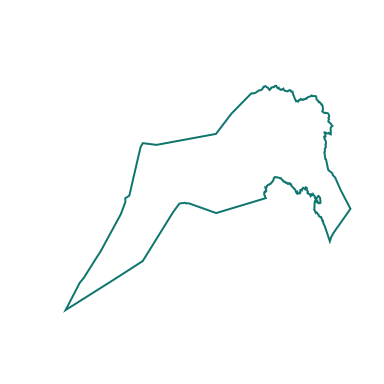 Hamar nor, Hedmark, Norway, rotated 255°
{"feature_id": "86288312B93894082847731", "entity_name": "Hamar nor", "entity_type": "district", "adm_level": 2, "iso_a3": "NOR", "parent_name": "Norway", "parent_adm1": "Hedmark", "projection": "equal_earth", "projection_center": [11.19, 61.003], "detail": "fine", "context": "isolated", "style": "outline", "palette": "teal", "viewbox_px": 384, "rotation_deg": 255, "n_neighbors": 0, "source": "geoboundaries", "source_scale": "gbopen_adm2", "svg_char_len": 5991}
<svg xmlns="http://www.w3.org/2000/svg" viewBox="0 0 384 384"><g transform="rotate(255 192 192)"><path d="M251.9,157.2L248.9,154.1L236.1,147.2L204.7,130.5L203.2,125.9L199.7,125.1L189.1,117.6L180.8,109.7L157.8,87.9L154.5,84.1L137.2,65.4L134.2,61.3L133.4,60.1L110.7,39.4L127.2,92.6L138.1,126.6L177.5,168.6L183.2,175.7L184.1,176.9L183.4,182.5L182.6,183.2L181.9,186.0L165.4,209.9L166.5,246.0L167.0,261.7L167.8,261.5L169.8,261.4L170.9,261.0L172.0,261.5L172.6,261.6L173.6,262.3L173.8,263.0L173.2,263.2L173.5,263.7L173.6,263.9L174.0,263.9L175.3,264.3L175.9,264.1L176.8,263.9L177.2,264.0L176.9,264.2L177.0,264.6L177.2,264.9L177.2,265.2L177.5,265.4L178.3,265.7L178.5,266.0L178.6,266.5L179.1,266.9L179.1,267.2L179.2,267.8L179.1,268.2L179.5,268.8L179.6,269.3L179.5,269.8L179.9,270.2L179.9,270.5L180.1,270.8L180.6,271.3L181.0,272.1L181.7,272.7L181.9,273.1L181.9,273.3L182.1,273.5L184.0,274.5L184.3,274.9L184.5,275.2L184.7,275.4L184.9,275.7L185.0,276.2L184.9,276.4L184.5,276.7L184.3,277.0L184.3,277.6L184.2,278.0L182.7,280.6L182.4,280.7L182.4,281.2L182.3,281.3L182.2,281.5L180.8,281.9L180.5,282.4L180.0,282.7L178.9,282.9L178.1,283.4L177.9,283.7L178.1,284.1L178.0,284.3L177.6,284.6L176.8,284.8L176.6,284.9L176.5,285.1L176.6,285.5L176.4,285.8L176.2,285.9L176.2,286.1L175.4,286.3L175.0,286.6L174.9,287.4L175.1,287.4L175.0,287.7L175.1,288.1L175.4,288.2L175.4,288.5L174.5,288.6L174.2,288.7L174.0,289.0L173.9,289.0L173.9,289.6L172.4,289.8L172.1,289.7L170.2,290.7L169.7,291.2L169.0,291.3L168.9,291.5L168.4,291.7L168.5,291.7L168.3,291.9L167.7,292.1L167.2,292.3L166.1,292.4L165.7,292.5L165.3,292.4L164.5,292.6L165.0,292.7L164.2,292.8L164.3,292.9L165.0,293.7L164.0,294.0L163.6,293.6L163.2,293.8L163.3,293.9L163.3,294.3L162.8,295.4L162.8,295.8L162.9,296.1L163.6,296.5L164.0,296.4L164.1,296.7L164.6,296.7L165.9,297.2L165.7,297.9L165.2,298.7L165.7,298.8L165.9,298.9L165.8,299.0L166.9,300.0L167.1,300.2L167.3,300.5L167.0,301.1L165.0,302.2L164.9,302.4L164.8,302.7L165.0,302.8L165.5,303.0L166.9,303.3L166.8,303.5L166.0,304.0L164.7,303.4L163.5,303.7L163.2,303.9L162.6,304.1L162.2,303.8L162.3,303.7L161.9,303.5L161.7,303.6L161.8,303.7L161.5,303.8L161.4,303.7L160.9,303.3L160.3,303.8L159.9,304.4L159.4,304.9L158.6,305.3L157.3,305.5L157.5,305.8L157.9,305.8L157.9,306.3L158.2,306.6L158.7,306.2L159.1,306.6L157.8,307.8L158.0,308.1L158.5,308.4L155.2,309.6L154.1,309.3L153.7,309.5L154.3,309.8L153.5,310.0L153.3,310.3L153.8,310.9L153.7,310.9L154.2,311.3L154.4,311.5L155.5,313.1L154.9,313.5L154.5,313.6L153.4,314.1L151.0,313.9L148.9,313.5L148.4,313.2L148.5,312.7L148.1,312.6L148.2,311.9L148.4,311.7L150.0,310.8L149.4,310.5L150.4,309.8L151.0,309.8L150.9,309.9L151.0,310.0L151.0,309.8L151.5,309.7L151.1,309.5L150.9,309.0L150.2,308.3L150.7,308.1L150.1,307.8L148.6,307.2L146.7,306.7L145.8,306.3L144.3,306.0L143.3,305.4L143.0,305.4L142.5,305.8L140.0,306.1L140.2,306.4L140.1,306.7L140.1,307.1L138.4,307.7L137.5,308.2L137.2,308.2L137.2,308.3L136.2,308.2L135.0,309.3L134.6,309.6L134.2,309.6L134.2,310.3L130.0,310.6L130.1,311.0L127.8,310.9L126.3,311.0L124.8,311.4L123.3,311.5L108.7,312.4L112.1,314.6L114.2,316.5L115.7,318.0L119.4,322.2L121.1,324.4L133.2,338.9L134.8,340.7L155.4,336.1L169.0,334.0L172.0,332.3L173.1,332.4L173.7,332.4L178.1,329.3L188.7,329.9L188.9,329.7L189.4,329.3L192.4,329.8L195.7,330.0L196.1,330.2L196.2,330.3L196.2,330.6L196.3,330.7L199.3,331.5L200.1,332.1L200.2,332.4L200.6,332.8L201.3,333.1L202.6,333.0L203.3,333.2L203.6,333.5L203.7,333.8L203.9,333.9L206.5,334.4L207.5,334.2L208.9,333.8L209.5,333.8L211.3,334.0L211.4,334.3L210.9,334.6L210.6,334.9L210.7,335.1L211.2,335.3L212.9,335.6L213.3,335.7L213.8,335.7L214.8,335.3L215.3,335.4L215.2,335.8L214.9,336.2L214.6,336.4L214.5,336.5L213.8,337.5L213.3,338.5L213.8,339.3L213.7,339.5L212.9,339.8L212.3,340.3L211.8,340.9L215.1,341.9L217.2,342.2L218.1,342.6L218.3,342.9L218.6,343.1L219.0,343.8L219.4,344.6L219.5,344.5L220.7,344.2L222.5,343.5L223.6,342.7L224.0,342.4L224.6,342.0L224.9,342.0L225.2,342.0L225.4,342.3L226.2,342.7L226.8,343.2L227.1,343.2L227.8,342.9L228.4,343.0L228.8,343.4L229.4,344.0L229.6,344.1L230.4,344.3L231.8,344.0L232.4,343.9L232.8,343.7L233.4,342.7L233.6,342.1L233.7,341.9L233.7,341.6L233.9,341.3L234.0,341.2L233.9,340.8L234.0,340.4L235.6,339.1L235.8,338.8L236.2,338.7L237.5,339.7L238.2,340.0L241.4,340.4L242.8,340.1L242.7,339.8L243.2,339.6L243.8,339.4L246.2,338.4L246.3,337.8L246.2,337.6L247.9,337.2L248.8,336.5L249.0,336.3L252.3,336.6L253.3,334.3L253.3,334.0L253.3,333.4L253.6,333.0L253.6,332.7L253.9,332.4L254.1,332.4L254.0,332.2L253.8,331.4L253.7,329.8L253.6,329.2L253.6,328.6L253.2,327.8L253.1,326.9L252.5,326.7L252.6,324.0L252.4,323.9L252.5,323.6L252.4,323.5L252.2,323.1L252.2,322.9L252.9,322.3L252.8,321.9L252.8,321.7L253.3,321.4L253.6,321.2L253.1,320.8L253.0,320.6L253.3,320.1L253.1,319.0L251.9,318.3L251.8,318.0L252.1,317.6L252.3,317.3L252.7,317.0L252.9,316.6L252.4,316.2L251.8,316.1L253.4,315.9L255.9,315.4L258.8,315.2L259.9,314.9L262.8,315.1L263.0,314.3L263.2,313.9L264.7,313.6L264.7,313.3L264.5,312.9L264.7,312.6L265.1,312.3L265.1,311.9L264.9,311.8L264.8,311.1L264.5,310.1L265.0,309.3L265.6,308.1L266.1,307.8L266.4,307.4L267.3,307.0L268.0,307.0L267.8,306.6L268.0,306.3L268.0,305.5L267.5,305.0L267.5,304.7L267.6,304.4L267.9,303.9L269.0,303.1L270.1,302.8L269.8,302.0L269.9,301.9L270.8,301.3L272.7,300.9L272.9,300.4L273.0,299.9L272.9,299.7L272.9,299.4L272.4,299.1L272.1,298.0L272.2,297.7L272.3,297.7L272.4,296.9L272.3,296.7L272.4,295.9L272.2,295.6L272.1,295.4L271.6,295.2L271.4,294.7L271.3,294.3L270.7,293.7L270.5,293.2L271.9,292.7L273.0,292.4L273.3,292.0L273.7,291.6L274.5,290.9L275.2,290.5L275.3,290.1L274.9,289.3L275.0,289.1L275.2,288.9L275.0,288.6L274.9,288.2L273.1,286.4L272.9,285.8L272.7,285.5L272.7,285.2L272.5,284.6L272.7,284.2L272.7,283.9L272.6,283.4L272.8,282.8L272.7,282.4L272.2,281.4L272.0,280.7L271.7,279.9L271.6,279.6L271.2,278.1L271.4,277.5L271.4,277.3L271.4,277.1L271.4,276.7L271.7,276.2L271.6,275.8L271.9,275.0L271.9,274.8L257.5,250.4L241.9,230.2L246.7,169.9L251.9,157.2Z" fill="none" stroke="#0f766e" stroke-width="2"/></g></svg>